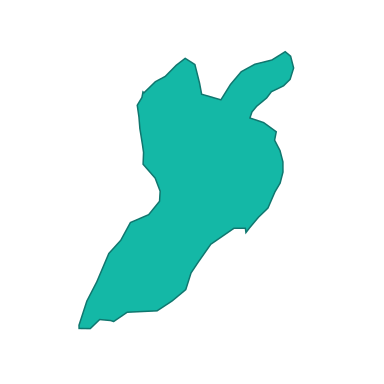 the district of Foinikas, Paphos, Cyprus, rotated 11°
{"feature_id": "46923920B81227312905849", "entity_name": "Foinikas", "entity_type": "district", "adm_level": 2, "iso_a3": "CYP", "parent_name": "Cyprus", "parent_adm1": "Paphos", "projection": "equal_earth", "projection_center": [32.569, 34.745], "detail": "fine", "context": "isolated", "style": "filled", "palette": "teal", "viewbox_px": 384, "rotation_deg": 11, "n_neighbors": 0, "source": "geoboundaries", "source_scale": "gbopen_adm2", "svg_char_len": 978}
<svg xmlns="http://www.w3.org/2000/svg" viewBox="0 0 384 384"><g transform="rotate(11 192 192)"><path d="M139.8,334.1L151.3,322.4L180.4,315.3L193.3,302.7L204.5,289.0L206.5,271.6L211.3,260.1L220.4,239.7L240.1,219.6L251.3,217.4L252.7,221.5L255.3,216.3L262.1,204.0L269.6,193.3L273.4,176.0L276.8,166.5L277.5,155.1L276.7,151.2L275.5,145.1L270.5,134.6L263.2,125.4L263.2,116.8L249.1,110.2L234.7,108.3L235.6,101.9L239.1,95.5L247.3,85.5L250.8,78.4L261.6,70.3L266.8,62.7L268.1,50.9L262.9,39.9L256.7,36.5L245.2,47.2L229.3,54.6L217.4,64.5L209.3,79.0L202.8,96.0L182.8,94.2L178.6,83.6L170.5,66.3L159.8,62.1L152.4,70.5L143.7,83.6L135.0,90.7L125.9,103.8L124.8,103.1L124.8,108.8L121.7,117.3L125.6,128.5L128.7,139.6L134.1,154.3L136.9,162.4L138.7,174.1L153.2,185.4L160.6,197.3L161.9,207.3L153.8,222.5L137.4,233.7L131.3,253.0L122.1,268.2L115.7,298.3L109.6,319.1L106.5,344.3L107.2,347.5L118.2,345.5L125.7,334.8L136.7,333.7L139.8,334.1Z" fill="#14b8a6" stroke="#0f766e" stroke-width="1.5"/></g></svg>